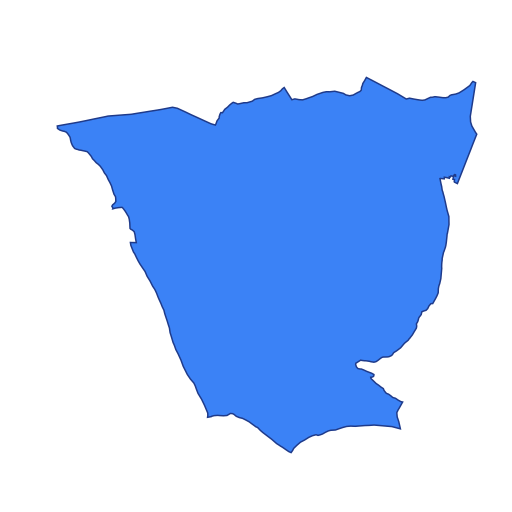 the district of Tlaquilpa, Veracruz, Mexico, rotated 185°
{"feature_id": "50627088B52599257884021", "entity_name": "Tlaquilpa", "entity_type": "district", "adm_level": 2, "iso_a3": "MEX", "parent_name": "Mexico", "parent_adm1": "Veracruz", "projection": "mercator", "projection_center": [-97.107, 18.613], "detail": "fine", "context": "isolated", "style": "filled", "palette": "blue", "viewbox_px": 512, "rotation_deg": 185, "n_neighbors": 0, "source": "geoboundaries", "source_scale": "gbopen_adm2", "svg_char_len": 5423}
<svg xmlns="http://www.w3.org/2000/svg" viewBox="0 0 512 512"><g transform="rotate(185 256 256)"><path d="M52.3,447.8L55.1,448.8L56.2,447.4L57.8,444.5L60.4,442.2L63.4,439.6L67.9,436.2L71.2,434.7L75.3,433.6L76.8,432.8L78.4,431.0L80.8,430.2L83.6,430.0L87.7,430.2L91.6,430.3L94.2,429.5L96.0,429.3L99.3,427.4L101.3,426.2L103.8,425.6L105.7,425.6L108.7,425.8L112.4,426.1L116.8,426.6L120.0,425.5L129.0,429.9L137.8,433.6L144.8,436.5L153.6,440.2L161.6,443.5L163.2,439.9L164.6,437.2L164.9,435.3L165.6,433.1L165.6,430.4L166.7,429.0L169.1,427.6L171.2,426.2L173.2,424.8L176.7,423.8L180.5,424.3L183.1,425.6L187.4,426.3L191.9,427.0L196.9,426.0L200.1,425.8L203.6,424.8L206.3,423.6L209.3,422.3L213.5,419.8L216.9,418.3L219.7,417.0L223.2,415.6L226.7,415.5L231.0,415.9L233.9,414.8L239.1,421.6L242.6,426.3L244.3,424.8L245.8,422.7L247.9,420.9L250.8,419.3L254.6,417.1L258.7,415.6L263.3,414.1L268.0,413.0L270.2,412.2L270.8,412.0L271.1,411.8L273.2,409.9L274.2,409.5L278.3,407.9L281.5,407.6L285.3,406.4L287.5,405.8L289.2,406.4L292.1,407.1L293.7,405.8L295.5,404.0L297.3,401.8L300.0,399.3L300.3,398.6L301.9,395.8L303.5,395.8L303.9,395.0L304.3,393.9L304.8,391.6L304.7,390.3L306.6,387.2L307.3,384.5L307.9,382.9L312.4,383.8L318.9,386.1L323.1,387.6L327.3,389.1L333.0,391.1L338.8,393.3L347.2,396.3L352.1,396.9L362.6,393.9L367.2,392.7L374.1,391.0L379.6,389.6L387.2,387.7L392.6,386.3L398.1,385.4L404.8,384.3L415.6,382.5L418.1,381.7L427.9,378.8L436.5,376.2L443.6,374.1L449.8,372.4L454.7,371.1L460.3,369.6L465.3,368.2L465.0,366.9L464.9,365.8L463.7,365.1L462.2,364.3L460.9,364.0L459.1,363.6L457.8,363.5L455.7,362.8L454.3,361.5L452.6,359.5L451.5,357.9L451.1,356.5L450.7,355.0L450.0,353.0L449.2,351.4L448.3,349.8L446.0,347.3L444.4,346.8L442.4,346.5L441.6,346.2L439.6,346.1L438.2,345.9L435.7,345.6L433.2,345.2L432.0,344.2L430.7,342.9L428.8,340.9L427.3,338.6L425.6,337.2L423.3,335.0L421.1,333.6L419.0,331.9L416.1,328.5L414.3,325.6L411.9,323.0L409.8,319.2L407.9,316.4L406.0,313.1L404.6,309.3L402.8,305.1L401.1,302.8L400.7,300.6L400.4,298.1L401.4,296.3L402.3,295.4L403.3,294.4L403.9,293.0L403.3,292.1L402.6,291.3L402.8,290.5L402.2,290.7L400.5,291.4L397.2,292.2L393.7,292.8L393.0,292.3L391.9,291.2L390.5,289.6L389.1,287.8L387.7,285.8L386.4,284.1L385.5,281.7L384.6,277.8L383.9,272.5L383.0,271.7L381.5,271.1L379.5,269.7L378.4,266.7L377.4,262.4L376.4,258.9L382.3,258.5L381.6,255.7L380.7,253.9L378.4,249.3L377.0,247.6L374.9,244.0L372.9,240.8L370.9,237.9L367.9,234.2L365.1,230.8L362.7,226.3L359.4,221.9L356.3,216.9L353.9,213.9L351.9,210.5L350.1,206.8L349.1,204.9L346.6,200.5L345.0,197.3L343.0,194.0L341.9,190.7L340.4,187.2L338.7,183.3L337.3,179.8L336.0,176.8L334.9,172.2L333.5,168.8L332.5,166.3L331.1,162.7L329.5,159.8L327.7,155.8L325.1,151.8L321.7,145.8L318.9,139.8L314.1,132.0L310.6,127.7L306.8,124.0L305.2,121.3L303.9,118.4L301.8,114.1L297.7,108.5L294.3,102.8L290.4,95.4L290.1,93.1L290.2,91.1L286.5,92.1L286.1,92.5L283.9,93.3L280.4,93.9L277.9,93.9L274.5,94.0L271.0,94.6L267.8,96.9L265.6,96.9L264.1,96.3L261.7,94.6L258.6,93.6L255.3,93.1L252.2,91.9L248.3,90.2L246.1,88.8L242.6,86.7L241.4,85.9L239.5,85.3L236.5,82.7L233.9,80.8L229.3,77.9L224.1,74.6L219.2,71.0L216.9,69.8L214.9,68.7L212.8,67.7L209.7,65.9L206.3,64.0L203.9,63.2L202.5,65.6L201.7,67.6L198.7,71.1L195.5,74.4L191.6,76.9L187.5,80.0L184.1,81.9L180.6,83.2L178.6,82.7L176.6,83.4L174.2,84.5L171.5,86.4L168.6,88.1L166.3,88.9L161.7,89.6L158.4,91.1L154.7,92.7L150.9,94.1L146.9,94.8L142.3,95.0L137.6,95.8L132.7,96.6L128.6,97.1L123.6,97.9L116.9,97.9L105.7,97.9L97.1,96.4L99.3,103.3L101.3,107.9L102.1,112.2L101.0,115.1L100.1,116.9L97.2,123.3L99.1,123.6L102.0,124.9L104.6,126.4L107.5,127.0L109.4,128.4L111.9,129.9L113.7,130.4L114.7,131.0L116.7,133.2L117.6,135.0L120.2,136.4L122.6,138.0L125.3,139.5L127.6,141.4L129.2,142.7L130.4,143.6L131.0,144.4L131.2,145.2L130.2,145.3L128.8,146.0L128.2,146.8L128.2,148.2L130.6,149.3L135.6,150.7L138.9,151.9L141.3,152.6L142.6,152.5L144.8,152.8L146.3,154.3L147.1,156.2L147.3,156.7L147.2,157.9L146.0,158.8L142.6,161.4L141.6,161.2L138.9,161.1L137.3,161.2L133.9,161.0L132.4,160.7L129.3,160.5L127.5,161.1L126.8,161.5L124.9,163.1L123.8,164.2L122.9,165.0L121.8,165.9L120.7,166.4L118.0,166.7L115.8,167.0L114.5,167.4L112.4,168.6L111.5,169.6L110.6,171.4L110.2,171.9L107.9,173.6L106.2,175.1L103.9,177.2L100.6,181.9L99.3,183.2L97.6,184.8L96.8,185.7L96.5,186.5L95.9,187.1L95.1,188.4L93.4,191.0L92.6,192.7L91.8,194.4L90.0,198.0L89.8,199.6L89.9,200.7L90.3,202.4L89.2,204.6L88.8,206.4L88.5,208.4L87.7,210.0L87.3,210.4L86.3,212.1L86.1,213.8L85.9,214.9L84.2,215.8L81.9,216.7L80.4,218.5L79.4,221.2L77.7,223.7L77.4,223.8L75.8,224.0L73.4,229.3L72.3,232.0L71.4,234.8L71.3,235.4L71.5,239.3L71.2,242.2L71.1,242.6L70.6,244.5L69.9,249.5L69.9,260.2L70.1,260.9L70.3,264.2L70.3,266.1L70.2,268.3L70.3,269.8L69.5,276.0L69.1,277.1L68.9,278.0L68.1,281.1L67.8,283.2L67.6,286.4L67.6,286.6L67.5,291.9L67.5,294.7L67.3,295.2L66.5,303.9L66.5,304.4L67.3,312.1L69.6,318.1L70.5,320.9L72.0,325.9L73.8,331.5L75.1,334.9L75.3,335.7L76.3,337.9L77.1,341.4L78.3,345.0L78.4,345.5L78.5,345.8L79.5,349.2L79.3,349.3L77.5,349.3L75.2,349.3L75.3,350.9L72.6,350.7L70.2,350.3L70.2,351.3L70.3,351.9L69.2,351.7L68.7,352.9L66.4,352.5L66.0,353.3L65.7,354.0L65.1,354.5L64.3,354.3L64.1,352.9L65.8,353.3L66.2,352.5L66.5,349.6L64.9,349.5L65.0,347.2L64.7,346.9L61.7,345.7L57.8,358.9L54.5,370.2L51.3,381.0L49.9,385.9L46.7,396.6L48.1,398.3L52.3,404.3L53.9,408.2L54.7,413.8L53.9,425.1L52.3,447.8Z" fill="#3b82f6" stroke="#1e3a8a" stroke-width="1.5"/></g></svg>